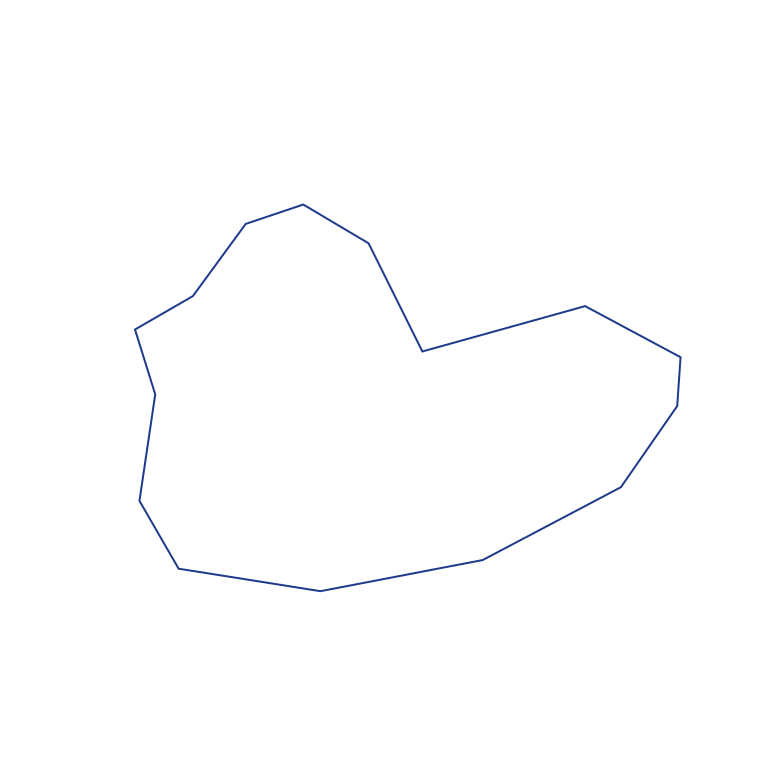 an SVG outline of Marsa, rotated 60°
{"feature_id": "MLT-5957", "entity_name": "Marsa", "entity_type": "state/province", "adm_level": 1, "iso_a3": "MLT", "parent_name": "Malta", "parent_adm1": "", "projection": "albers", "projection_center": [14.49, 35.874], "detail": "fine", "context": "isolated", "style": "outline", "palette": "blue", "viewbox_px": 768, "rotation_deg": 60, "n_neighbors": 0, "source": "natural_earth", "source_scale": "10m", "svg_char_len": 357}
<svg xmlns="http://www.w3.org/2000/svg" viewBox="0 0 768 768"><g transform="rotate(60 384 384)"><path d="M176.2,423.7L188.2,364.2L254.5,327.0L375.0,334.5L417.1,170.9L509.1,113.8L549.7,141.1L591.8,230.4L585.8,386.5L531.6,542.7L441.3,654.2L362.9,654.2L278.6,587.3L212.3,572.4L212.3,505.5L176.2,423.7Z" fill="none" stroke="#1e3a8a" stroke-width="2"/></g></svg>